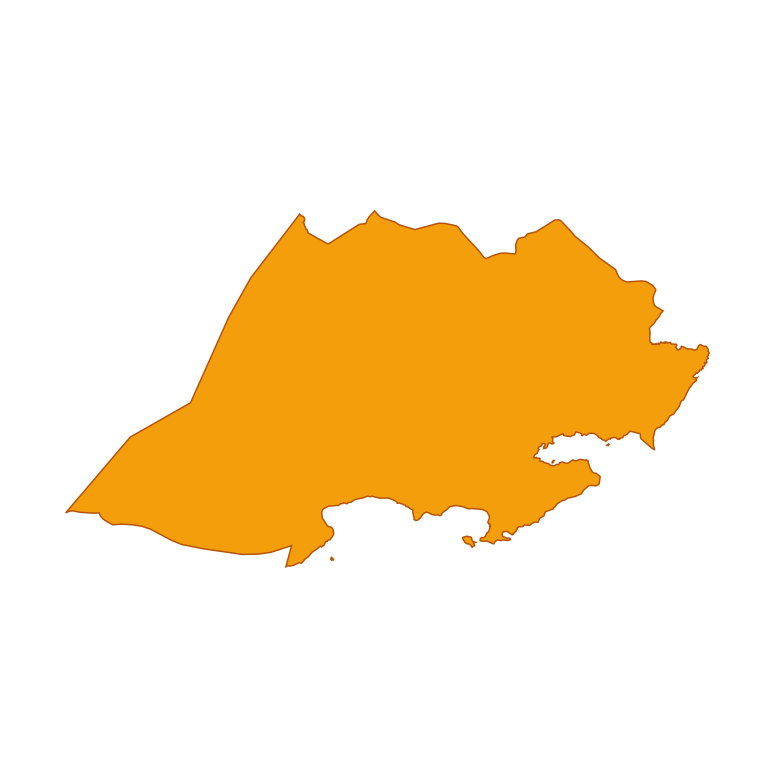 Kjósarhreppur, Höfuðborgarsvæði, Iceland, rotated 176°
{"feature_id": "244011B42175048354153", "entity_name": "Kjósarhreppur", "entity_type": "district", "adm_level": 2, "iso_a3": "ISL", "parent_name": "Iceland", "parent_adm1": "Höfuðborgarsvæði", "projection": "orthographic", "projection_center": [-21.584, 64.307], "detail": "fine", "context": "isolated", "style": "filled", "palette": "amber", "viewbox_px": 768, "rotation_deg": 176, "n_neighbors": 0, "source": "geoboundaries", "source_scale": "gbopen_adm2", "svg_char_len": 6104}
<svg xmlns="http://www.w3.org/2000/svg" viewBox="0 0 768 768"><g transform="rotate(176 384 384)"><path d="M456.2,559.4L509.4,499.3L534.2,461.5L578.3,378.8L640.8,348.8L710.5,277.7L706.3,279.1L702.9,279.1L696.0,277.2L682.7,275.4L677.3,275.3L675.9,271.9L674.0,269.3L671.4,267.0L664.4,262.5L655.3,262.5L644.9,261.1L635.5,259.0L626.9,255.4L606.4,242.6L596.9,238.0L574.4,231.9L536.7,223.8L520.2,223.1L508.6,224.0L487.5,229.2L494.6,208.6L493.0,209.4L490.6,208.9L486.8,209.5L481.1,211.7L478.8,210.9L475.1,214.7L471.8,216.8L467.1,221.4L461.5,224.6L459.3,226.5L458.5,226.6L457.8,225.8L455.1,227.4L453.3,230.8L451.5,231.1L450.4,232.4L448.7,232.4L445.7,235.9L444.7,238.0L444.6,239.0L445.0,242.7L446.6,244.9L448.2,245.2L450.4,246.5L454.7,254.3L455.1,257.5L455.0,260.9L453.9,262.8L452.7,264.0L447.6,266.0L437.8,266.1L435.3,267.7L433.4,267.5L432.4,268.3L429.3,267.1L427.9,268.2L425.3,268.3L421.0,270.8L412.7,271.9L408.3,273.3L405.8,272.5L403.9,272.9L396.0,270.4L387.8,270.0L382.2,267.4L378.9,264.9L379.0,264.1L376.9,264.2L371.2,261.6L370.6,260.2L369.2,260.2L366.5,257.7L364.1,256.6L364.0,255.6L364.3,253.3L363.8,252.4L363.9,250.5L363.1,247.8L363.6,247.0L362.3,245.7L360.2,245.7L357.5,247.4L354.1,251.6L351.2,253.3L348.5,252.5L345.7,250.6L342.2,249.7L338.9,249.7L337.5,248.7L336.1,249.2L334.8,251.6L330.6,253.9L326.9,257.1L320.9,257.8L314.6,256.4L308.4,253.6L305.4,253.7L294.7,252.0L290.4,249.7L288.3,245.4L288.2,242.5L290.0,239.2L290.0,238.5L289.2,237.1L288.4,237.5L287.9,236.5L287.9,235.0L289.3,235.0L287.9,234.8L289.5,230.2L290.7,228.7L291.7,228.4L293.5,224.9L295.6,223.7L297.5,224.0L298.5,223.2L299.1,221.6L298.8,220.8L295.7,220.1L292.7,220.3L286.3,216.9L285.4,217.0L284.5,218.8L281.8,220.5L278.0,219.6L276.5,220.2L271.1,219.2L269.2,219.7L268.7,220.3L269.6,221.5L272.6,221.8L276.3,223.8L276.6,225.6L276.2,227.2L275.5,228.3L271.5,228.4L266.7,224.6L265.5,225.1L265.6,225.9L264.6,226.0L263.7,227.3L262.4,228.1L261.2,230.0L261.1,231.1L259.6,232.1L255.5,232.1L253.7,233.7L248.5,232.8L246.3,234.6L243.1,235.7L239.9,235.4L238.2,239.0L233.5,241.5L233.1,243.2L232.7,243.4L232.5,244.6L231.5,245.4L224.1,247.5L223.4,248.9L222.0,249.5L219.8,252.3L214.8,255.1L211.5,255.8L208.9,257.3L201.7,258.3L194.8,260.7L192.5,264.0L186.9,268.2L183.3,268.3L179.7,267.6L177.8,268.4L176.3,269.5L174.8,276.5L178.5,280.1L181.0,280.6L182.5,282.1L184.4,286.0L185.6,290.9L185.7,293.0L187.3,294.2L188.8,294.0L193.5,295.2L198.0,293.9L201.1,295.1L204.7,292.8L207.5,292.1L211.4,293.7L214.2,293.2L214.7,292.1L215.7,291.6L217.5,291.8L218.7,290.9L220.8,290.5L224.1,291.7L225.8,293.3L228.7,293.9L231.1,295.8L233.5,296.0L233.9,296.4L233.6,298.5L234.0,299.1L236.3,299.2L237.1,300.2L238.6,299.6L239.9,300.0L240.0,300.4L238.2,303.0L236.1,304.3L234.6,307.2L233.8,307.7L234.6,308.7L234.2,310.1L231.4,311.4L230.7,312.2L230.9,313.1L229.4,313.5L227.6,312.9L227.5,311.6L229.1,309.8L229.4,308.5L227.2,308.6L225.4,310.2L224.4,312.9L223.5,313.9L220.6,312.5L218.8,312.8L218.6,313.3L219.8,314.6L219.4,318.0L220.1,319.1L219.9,319.5L215.7,319.3L209.5,321.8L208.6,321.7L208.4,320.5L207.8,319.9L201.6,318.5L199.9,319.5L197.8,319.8L195.9,322.9L191.5,321.3L190.4,320.3L190.4,319.0L189.6,318.7L188.8,319.5L187.4,319.7L185.5,318.8L182.5,320.6L178.1,320.1L175.3,318.4L173.5,315.7L171.3,314.6L170.0,313.1L168.1,312.6L166.9,311.3L163.8,313.5L162.1,313.3L161.7,314.1L160.3,314.5L157.0,314.5L154.2,312.4L152.9,312.5L152.5,312.8L152.6,313.3L149.5,313.9L148.3,315.7L145.2,316.8L141.8,319.8L132.1,316.6L131.8,315.9L131.9,312.8L131.3,311.3L121.0,301.0L118.7,299.6L118.6,299.8L119.2,302.0L119.5,305.1L119.1,308.4L119.2,311.6L116.9,318.8L115.7,320.3L113.2,321.5L111.2,321.8L110.0,323.4L107.4,324.2L106.2,326.3L105.3,326.6L103.3,328.7L101.3,332.1L96.9,333.9L95.4,336.2L91.1,340.9L89.2,345.3L88.4,346.4L86.6,347.2L85.7,348.3L79.9,358.4L77.9,360.3L76.1,362.9L72.1,365.6L72.3,367.0L71.0,368.7L72.2,368.2L74.4,368.7L75.3,369.6L75.0,370.5L72.3,372.6L71.9,373.5L70.9,372.9L68.2,375.1L67.7,376.2L66.5,376.0L66.0,377.0L64.6,377.1L64.5,377.8L65.0,378.4L64.9,379.0L63.2,379.6L62.4,380.8L62.9,382.7L62.7,383.0L61.3,382.4L60.4,382.7L60.3,383.1L60.9,384.4L60.8,385.5L58.8,387.0L59.7,388.9L58.4,389.7L58.4,390.8L57.5,392.0L57.7,393.2L58.6,394.4L58.2,395.5L58.3,396.3L60.3,399.4L62.3,399.1L65.3,401.2L66.2,401.1L67.5,400.0L69.6,396.7L72.3,396.0L74.1,397.3L78.9,397.9L84.4,400.9L85.0,400.5L85.1,399.1L88.3,397.3L89.1,397.6L89.2,398.5L90.6,400.3L89.2,401.8L89.4,402.9L90.2,403.5L91.3,403.1L92.3,403.7L94.4,403.7L95.5,405.6L98.0,405.2L99.4,406.1L100.2,406.0L100.0,405.6L100.2,405.2L101.4,405.2L101.6,405.4L101.2,406.1L102.9,405.6L104.5,405.9L104.8,406.5L106.9,404.2L107.7,404.6L106.9,405.1L107.1,405.5L109.9,404.4L110.5,404.6L110.2,405.2L112.3,404.7L113.9,405.2L113.4,405.8L115.7,407.3L115.7,411.2L115.0,417.0L115.4,420.6L114.3,422.3L109.7,426.3L108.5,428.3L104.9,432.0L103.1,434.9L100.5,437.5L107.8,442.5L108.8,443.9L109.4,445.7L109.7,450.2L109.3,452.0L108.5,454.4L106.4,458.5L106.4,459.4L109.1,463.5L115.2,467.9L120.0,468.9L134.3,468.8L137.9,470.3L140.2,472.1L142.4,474.6L143.4,477.0L145.0,482.0L160.5,494.8L170.5,506.2L183.5,518.4L187.3,523.8L196.2,534.5L197.8,535.5L202.2,535.6L221.5,525.3L230.5,523.7L232.9,520.9L239.6,519.9L241.1,518.1L243.0,513.5L243.0,508.0L243.7,505.3L244.2,504.6L254.0,506.2L258.6,506.3L265.5,504.8L273.4,502.0L275.5,503.3L280.0,510.1L294.5,528.1L299.0,535.2L300.6,536.5L303.3,537.5L312.3,540.0L318.4,540.6L342.5,535.9L357.9,541.8L361.4,544.6L375.7,550.6L378.1,553.1L381.2,557.3L387.3,551.8L389.2,549.1L391.0,545.3L397.5,545.0L430.0,527.5L449.0,539.8L449.9,543.1L451.1,544.2L451.4,545.3L451.4,546.3L452.2,547.0L452.6,550.0L453.2,550.6L453.2,551.1L452.2,551.8L451.8,552.9L451.8,554.9L452.8,556.8L454.1,557.1L456.2,559.4ZM312.9,219.1L309.5,218.1L307.5,215.0L304.8,216.6L305.8,219.1L303.7,219.7L306.2,220.5L307.3,222.7L307.3,224.2L308.0,225.2L312.2,226.4L316.1,225.4L316.3,224.4L314.7,221.0L312.9,219.1ZM446.8,211.9L446.6,212.5L447.5,213.9L448.7,214.7L449.4,212.8L448.8,212.0L446.8,211.9ZM220.5,295.9L221.8,294.2L221.7,293.6L220.9,293.6L219.6,295.9L220.5,295.9ZM164.1,308.6L166.0,307.5L164.5,306.9L163.6,308.2L164.1,308.6Z" fill="#f59e0b" stroke="#b45309" stroke-width="1.5"/></g></svg>